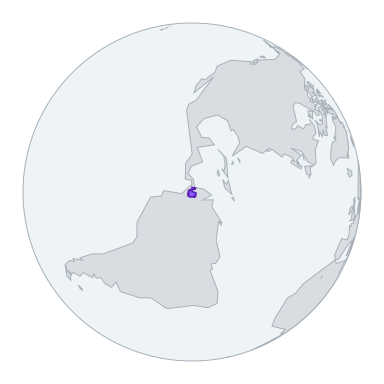 Antioquia highlighted on a globe, orthographic projection, rotated 61°
{"feature_id": "COL-1314", "entity_name": "Antioquia", "entity_type": "Department", "adm_level": 1, "iso_a3": "COL", "parent_name": "Colombia", "parent_adm1": "", "projection": "orthographic", "projection_center": [-75.909, 7.152], "detail": "fine", "context": "on_globe", "style": "filled", "palette": "violet", "viewbox_px": 384, "rotation_deg": 61, "n_neighbors": 0, "source": "natural_earth", "source_scale": "10m", "svg_char_len": 9941}
<svg xmlns="http://www.w3.org/2000/svg" viewBox="0 0 384 384"><g transform="rotate(61 192 192)"><circle cx="192" cy="192" r="169" fill="#eef3f6" stroke="#a8b0b8"/><path d="M185.4,188.5L181.4,186.7L177.5,191.7L163.8,183.5L159.0,173.5L117.7,157.1L113.6,152.0L113.8,143.9L101.9,117.6L106.2,142.1L101.2,137.2L97.6,128.5L100.1,126.3L98.4,113.8L94.2,109.1L95.5,94.2L107.3,76.3L108.3,79.0L111.0,74.9L109.9,71.5L108.5,70.3L116.2,55.5L114.2,48.8L108.0,50.7L113.7,47.6L98.3,54.6L93.7,55.9L102.3,52.1L105.8,50.1L104.4,49.5L107.6,47.5L108.8,46.2L112.9,43.9L117.6,42.5L120.3,41.1L119.1,40.9L122.4,38.9L123.8,39.3L129.7,36.1L138.7,34.2L139.0,39.3L147.4,38.3L156.6,44.0L159.2,42.3L164.3,44.2L169.1,43.1L169.5,45.0L173.0,42.6L171.8,41.1L172.9,39.7L175.7,39.0L176.6,41.1L175.4,41.8L177.0,42.1L176.3,43.5L178.2,42.5L179.0,45.4L182.3,41.7L186.3,43.5L185.7,45.7L180.5,46.4L166.2,55.2L163.9,58.6L166.1,62.2L181.3,66.4L181.1,70.1L184.6,74.5L187.2,71.7L185.3,67.4L191.0,63.7L188.0,59.5L189.9,57.6L189.0,53.3L194.8,53.1L201.0,55.4L202.0,59.1L204.8,60.5L208.4,56.5L214.8,63.8L226.8,69.4L227.8,71.7L221.6,76.1L209.9,76.4L201.7,84.1L212.8,78.5L215.2,85.2L218.0,86.3L221.2,85.8L222.6,83.2L224.6,85.6L214.4,91.5L212.4,89.4L215.7,87.4L210.2,87.8L203.3,92.8L205.1,96.3L192.9,101.6L194.0,104.3L191.9,107.4L191.0,102.5L192.4,111.6L178.4,122.4L180.1,139.6L172.1,126.4L165.5,125.0L157.4,125.4L157.6,128.2L146.8,126.3L137.1,132.3L133.6,146.0L137.3,156.6L149.3,156.9L152.9,150.9L161.6,149.6L155.4,165.8L170.7,168.0L169.2,180.2L173.7,186.4L181.4,184.7L189.3,187.6L194.9,180.4L204.0,176.4L204.3,186.3L209.2,177.1L214.3,181.8L232.2,180.9L230.9,183.2L246.0,194.4L262.1,198.8L265.9,205.8L264.0,210.4L269.5,211.4L269.5,214.3L291.0,217.4L301.6,223.8L301.0,233.9L291.6,246.2L281.8,270.6L264.6,279.4L259.3,288.9L244.5,302.8L234.1,302.2L236.3,308.6L229.8,312.6L222.9,313.0L221.0,317.5L215.9,317.7L218.8,320.5L209.7,326.2L211.4,330.7L204.6,335.0L205.9,337.5L203.6,337.4L201.0,338.3L200.5,339.7L193.7,337.5L192.6,331.8L195.6,328.8L192.5,328.3L198.9,320.5L195.4,322.1L197.5,310.0L203.1,299.6L207.9,268.4L204.5,262.0L191.7,254.7L176.4,230.7L180.6,220.7L177.2,216.0L188.4,201.7L185.4,188.5ZM34.7,141.2L35.9,137.4L35.7,139.8L34.7,141.2ZM36.3,135.1L36.0,136.3L36.2,135.3L36.3,135.1ZM36.3,134.3L36.3,134.8L36.1,134.6L36.3,134.3ZM36.0,133.7L36.2,133.9L36.2,134.0L36.0,133.7ZM179.2,145.5L196.8,153.6L186.9,154.8L188.7,153.2L184.3,149.8L176.0,146.8L167.3,148.8L179.2,145.5ZM36.2,131.7L36.3,131.1L36.6,130.8L36.2,131.7ZM187.0,135.8L183.9,135.2L186.9,135.1L187.0,135.8ZM107.3,70.2L109.5,71.7L109.3,75.8L107.1,74.8L107.3,70.2ZM108.1,63.3L110.1,63.1L106.9,66.9L106.7,65.8L108.1,63.3ZM102.9,52.9L104.0,53.1L101.8,53.7L102.9,52.9ZM108.3,46.4L106.9,47.1L108.1,46.2L108.3,46.4ZM185.8,53.8L187.4,53.6L186.8,54.5L185.8,53.8ZM184.0,52.3L182.2,53.5L181.0,53.0L182.2,52.2L184.0,52.3ZM115.4,42.1L117.7,40.7L116.2,41.8L115.4,42.1ZM186.5,51.0L179.2,52.0L177.2,51.1L180.0,47.7L186.5,51.0ZM119.6,39.7L125.3,36.8L122.7,37.9L133.2,33.7L124.9,37.2L123.4,38.3L122.2,38.5L119.6,39.7ZM170.2,40.9L171.7,42.4L167.9,41.8L170.2,40.9ZM167.5,40.9L154.4,42.1L153.7,39.9L158.2,39.8L155.2,37.8L161.3,36.1L164.3,36.8L163.6,38.5L166.5,36.6L167.5,40.9ZM138.1,32.1L140.1,31.4L138.9,31.9L138.1,32.1ZM173.1,39.1L170.5,39.3L169.7,37.4L174.7,36.5L173.4,37.4L173.1,39.1ZM151.4,38.3L151.7,36.9L156.7,35.1L157.5,34.4L161.4,35.9L151.4,38.3ZM174.9,37.5L177.3,36.2L180.2,36.6L175.6,38.7L174.9,37.5ZM167.4,37.3L167.2,36.4L168.9,36.6L167.4,37.3ZM191.7,38.0L188.6,38.1L187.9,37.0L191.7,38.0ZM177.9,35.7L176.9,35.6L176.3,35.2L178.4,34.5L177.9,35.7ZM164.6,34.7L166.6,34.3L163.3,33.9L166.9,32.8L168.8,34.1L169.5,33.1L170.6,32.8L170.9,34.3L164.6,34.7ZM178.6,32.9L182.4,34.7L188.2,34.7L189.0,35.6L179.4,35.5L178.6,32.9ZM174.1,33.5L177.1,33.3L176.6,34.3L174.2,35.2L174.1,33.5ZM168.6,31.7L162.6,33.0L162.4,32.7L168.6,31.7ZM180.5,32.7L179.5,32.3L180.9,32.5L180.5,32.7ZM172.4,31.6L170.3,32.1L170.1,31.7L172.4,31.6ZM179.4,31.3L180.6,31.7L179.0,32.2L179.4,31.3ZM176.3,31.3L176.5,30.7L177.7,32.1L175.4,31.5L176.3,31.3ZM172.5,31.2L171.7,31.2L173.4,31.1L172.5,31.2ZM184.7,29.4L186.6,31.1L183.1,32.0L181.7,30.2L184.7,29.4ZM204.9,342.1L194.2,338.3L200.3,340.1L205.0,337.9L210.4,340.8L204.9,342.1ZM218.5,336.4L223.7,335.1L224.7,335.7L221.4,336.8L218.5,336.4ZM321.7,83.7L320.4,82.2L317.5,78.9L309.9,72.2L313.3,75.7L320.7,82.6L320.4,82.5L325.1,88.2L321.3,83.8L312.3,76.1L313.2,80.4L322.1,96.6L321.0,99.3L316.4,98.0L305.3,83.7L309.1,79.5L305.2,75.2L297.7,70.5L299.5,69.9L296.9,67.7L297.6,66.3L292.1,60.0L291.9,58.5L283.3,52.3L282.0,50.9L287.5,54.8L291.1,57.0L289.8,54.5L287.7,52.9L282.2,49.3L282.6,49.4L277.4,46.3L275.3,45.0L285.6,51.4L295.5,58.4L304.8,66.2L313.5,74.6L321.7,83.7ZM273.7,44.1L274.0,44.5L267.6,41.1L261.7,38.2L259.7,37.4L269.2,42.3L272.9,44.4L276.0,45.8L286.2,52.5L288.0,54.3L277.6,48.3L279.1,50.5L270.4,45.6L250.1,34.0L244.9,31.7L246.9,32.2L260.6,37.6L273.7,44.1ZM136.9,32.3L133.2,33.7L122.7,37.9L136.9,32.3ZM353.2,242.7L353.7,241.0L354.6,238.0L353.2,242.7ZM359.2,216.4L360.2,197.2L360.2,184.6L359.6,180.1L358.8,182.5L357.5,177.2L356.6,177.9L348.1,187.1L343.0,181.1L331.0,160.1L330.7,150.0L326.3,139.6L320.8,99.9L324.6,100.3L325.9,91.6L326.9,92.2L332.1,99.9L337.0,105.3L343.2,116.6L348.5,128.3L352.9,140.3L356.3,152.7L358.8,165.3L360.4,178.0L361.0,190.8L360.6,203.7L359.2,216.4ZM328.5,118.3L330.0,121.4L328.5,118.3ZM232.8,180.7L235.0,182.6L232.1,182.7L232.8,180.7ZM185.5,158.9L189.2,159.0L191.2,160.5L188.4,161.1L185.5,158.9ZM216.5,158.5L220.7,159.2L216.4,160.1L216.5,158.5ZM199.5,154.6L213.2,158.3L204.7,161.3L196.1,159.2L202.0,158.2L199.5,154.6ZM185.3,141.4L187.6,142.1L186.9,143.8L185.3,141.4ZM189.1,135.8L188.2,135.9L187.1,134.5L189.1,135.8ZM215.8,84.8L216.6,84.4L220.0,84.6L218.5,85.7L215.8,84.8ZM234.1,79.3L237.0,83.4L233.9,81.0L232.5,83.1L224.2,81.1L227.9,72.8L227.7,76.8L234.1,79.3ZM214.1,76.9L219.0,78.6L213.5,77.1L214.1,76.9ZM281.8,58.9L284.2,59.5L287.1,62.2L287.4,65.5L283.1,61.6L281.8,58.9ZM287.0,60.0L276.6,53.9L276.1,52.1L278.1,54.0L278.8,53.4L282.3,56.5L291.9,61.3L295.1,64.1L293.8,67.9L292.5,64.9L290.2,64.2L287.0,60.0ZM251.2,46.1L246.7,44.7L251.3,42.3L254.9,44.0L255.4,47.1L251.4,46.9L251.2,46.1ZM192.8,45.2L190.8,45.8L190.5,45.0L192.0,44.0L192.8,45.2ZM190.3,38.1L201.3,42.7L199.6,43.4L208.1,45.9L206.8,48.8L201.3,46.9L206.7,51.3L201.3,50.9L205.5,53.8L193.4,49.5L188.6,49.6L194.4,48.2L195.7,45.5L194.9,44.3L189.0,41.4L179.5,40.9L179.3,38.6L181.6,37.0L183.9,36.8L183.3,38.3L186.7,36.9L187.6,39.0L190.3,38.1ZM209.5,27.2L207.9,28.0L214.9,27.7L215.9,28.8L216.6,28.7L219.4,29.9L224.1,31.2L223.7,31.7L225.7,32.1L227.6,33.0L230.2,33.8L230.4,35.1L233.6,36.2L231.9,36.3L237.3,37.9L233.4,37.4L235.5,38.9L238.2,38.6L233.3,46.6L234.3,51.1L237.3,55.5L230.2,54.6L222.9,50.3L216.5,45.0L216.5,41.1L213.3,41.7L212.4,40.1L215.3,40.3L210.3,39.1L210.3,37.9L204.6,34.7L197.2,34.3L195.0,33.4L197.9,32.9L193.6,32.3L197.5,31.0L196.0,30.4L198.3,28.8L204.8,28.7L202.6,28.1L204.2,27.1L209.5,27.2ZM185.6,28.9L193.1,28.0L197.3,28.4L191.5,31.2L192.3,31.9L188.7,34.2L182.7,33.8L184.3,33.1L184.4,32.4L186.3,32.8L184.9,31.9L187.0,31.1L186.5,30.3L189.1,30.1L185.6,28.9ZM324.9,88.9L325.1,88.8L324.7,87.8L327.6,91.7L324.9,88.9ZM318.9,83.8L318.6,82.9L322.6,87.4L322.3,87.7L318.9,83.8ZM315.1,78.9L318.3,82.5L316.5,80.8L315.1,78.9ZM286.9,54.0L286.2,53.2L287.4,53.9L289.3,55.4L286.9,54.0ZM230.5,28.5L228.9,28.4L227.9,28.1L222.3,27.3L221.2,26.7L224.1,26.9L230.5,28.5ZM228.3,27.7L226.2,27.4L226.9,27.3L228.3,27.7ZM220.0,26.2L220.4,26.0L220.4,26.5L220.0,26.2ZM213.7,24.5L216.4,24.9L215.7,24.9L213.7,24.5ZM139.2,31.6L140.0,31.4L138.2,32.0L139.2,31.6Z" fill="#d9dde1" stroke="#a8b0b8" stroke-width="1"/><path d="M188.9,188.7L188.9,188.8L189.0,188.9L189.0,189.0L189.3,189.1L189.2,189.3L189.3,189.3L189.2,189.3L189.3,189.4L189.2,189.4L189.0,189.6L189.2,189.8L189.4,189.8L189.5,189.7L189.6,189.3L189.6,189.2L189.6,189.3L189.5,189.2L189.5,188.9L189.5,188.7L189.5,188.3L189.4,188.2L189.2,188.0L189.1,187.9L189.1,187.7L189.4,187.6L189.5,187.6L189.8,187.5L189.8,187.4L190.1,187.2L190.3,187.1L190.4,186.9L190.5,187.0L190.6,187.3L190.7,187.5L190.8,187.6L191.0,187.7L191.1,187.8L191.1,188.0L191.1,188.3L190.9,188.5L190.7,189.0L190.5,189.5L190.4,189.9L190.3,190.3L190.3,190.5L190.5,191.1L190.5,191.3L191.6,191.4L192.1,191.4L192.4,191.0L192.5,190.9L192.8,190.8L193.0,190.7L193.1,190.4L193.3,190.1L193.5,189.9L193.7,189.7L193.9,189.5L194.0,189.4L194.3,189.3L194.5,189.3L194.8,189.3L194.9,189.2L195.0,189.0L195.1,188.9L195.8,189.5L196.0,189.7L196.0,189.8L196.0,190.1L196.2,190.3L196.1,190.5L195.9,190.6L195.9,190.9L195.9,191.0L196.0,191.3L196.3,191.3L196.4,191.1L196.5,191.0L196.5,191.3L196.4,191.4L196.4,191.5L196.4,191.8L196.5,192.1L196.6,192.4L196.8,192.4L196.8,192.5L197.8,191.5L197.8,192.1L197.9,192.3L197.9,192.5L197.6,192.6L197.4,192.8L197.3,193.0L196.7,193.5L196.4,193.7L196.4,194.0L196.5,194.1L196.4,194.2L196.2,194.4L196.2,194.5L195.9,194.7L195.9,194.8L195.8,195.0L195.9,195.3L195.8,195.5L195.7,195.8L195.7,196.0L195.4,196.3L195.2,196.2L194.9,196.2L194.7,196.2L194.6,196.3L194.4,196.4L194.4,196.5L194.3,196.8L194.2,196.8L193.9,197.1L193.8,196.9L193.7,197.0L193.7,196.9L193.7,196.6L193.6,196.4L193.4,196.3L193.2,196.4L193.1,196.2L192.9,196.2L192.9,196.3L192.9,196.5L193.0,196.6L192.9,196.8L192.7,196.8L192.5,196.7L192.3,196.8L192.2,196.9L191.8,196.8L191.7,196.8L191.7,196.7L191.4,196.4L191.5,196.4L191.5,196.2L191.4,196.0L191.3,195.9L191.4,195.6L191.3,195.4L191.2,195.4L191.0,195.1L191.0,194.9L190.9,194.8L190.7,194.8L190.2,194.9L189.8,194.9L189.7,194.9L189.6,194.7L189.4,194.5L189.4,194.4L189.4,194.2L189.4,193.9L189.2,193.8L189.2,193.7L189.1,193.4L188.9,193.3L189.0,193.2L188.9,193.2L189.0,193.0L189.1,192.9L189.3,192.9L189.4,192.7L189.3,192.4L189.5,192.4L190.0,192.4L190.1,192.5L190.2,192.3L190.3,192.2L190.2,191.9L190.2,191.7L189.9,191.5L189.8,191.4L189.7,191.4L189.5,191.1L189.2,190.8L188.9,190.6L188.5,190.2L188.4,190.1L188.5,190.1L188.6,189.9L188.8,189.8L188.8,189.5L188.8,189.4L188.9,189.2L188.9,188.9L188.9,188.7Z" fill="#8b5cf6" stroke="#5b21b6" stroke-width="1.5"/></g></svg>